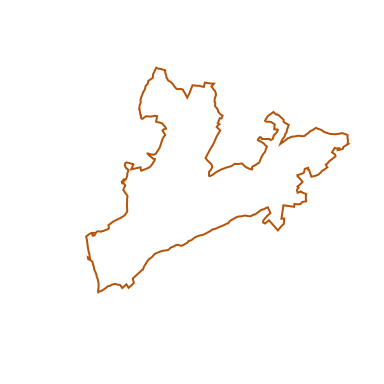 Faragau, Mures, Romania, rotated 305°
{"feature_id": "2599482B54429435544126", "entity_name": "Faragau", "entity_type": "district", "adm_level": 2, "iso_a3": "ROU", "parent_name": "Romania", "parent_adm1": "Mures", "projection": "natural_earth1", "projection_center": [24.539, 46.758], "detail": "fine", "context": "isolated", "style": "outline", "palette": "amber", "viewbox_px": 384, "rotation_deg": 305, "n_neighbors": 0, "source": "geoboundaries", "source_scale": "gbopen_adm2", "svg_char_len": 6099}
<svg xmlns="http://www.w3.org/2000/svg" viewBox="0 0 384 384"><g transform="rotate(305 192 192)"><path d="M315.8,256.9L311.8,255.2L309.4,253.9L306.6,253.4L304.9,252.6L303.2,252.3L302.2,251.8L301.5,251.0L300.6,249.8L299.7,247.7L298.2,245.9L296.7,244.6L294.5,242.0L292.2,240.6L291.0,239.7L288.0,238.9L282.1,236.8L286.4,235.9L290.6,236.0L292.8,235.2L295.3,235.2L297.4,234.1L298.6,233.9L302.5,232.7L302.0,229.4L302.0,227.1L302.1,226.7L303.7,225.6L303.8,225.3L304.2,221.7L304.6,219.9L304.6,217.7L304.4,217.7L304.3,217.3L303.7,216.6L304.0,214.8L304.0,213.6L304.3,212.9L298.1,210.7L296.6,210.6L292.4,210.9L292.0,211.7L292.1,212.1L292.5,213.0L294.0,215.2L294.6,216.4L294.9,220.7L294.6,221.3L293.2,221.7L292.3,222.5L290.6,223.2L290.5,223.5L292.1,225.8L291.9,226.1L292.1,226.7L291.8,226.9L288.9,227.2L285.4,226.5L284.1,226.9L281.9,227.8L279.6,226.5L279.7,224.9L275.4,218.6L276.3,217.6L276.4,217.3L275.7,216.0L273.0,215.9L272.2,216.3L272.8,220.0L272.9,223.3L272.5,224.6L272.2,227.3L269.8,227.8L266.9,228.8L262.8,228.6L260.9,228.8L254.6,230.2L249.0,227.8L247.9,227.0L246.6,227.0L246.2,227.6L246.6,228.0L246.0,227.8L245.1,228.3L244.2,226.7L243.4,222.7L243.4,220.2L243.9,217.6L243.9,216.5L243.6,216.0L241.4,213.8L240.5,212.5L239.7,210.9L235.7,209.4L231.1,205.6L229.6,204.8L229.0,204.2L227.5,203.2L224.4,201.5L220.8,199.9L218.8,199.4L215.7,197.8L215.1,197.3L215.0,196.7L218.3,194.4L220.5,194.7L223.0,194.5L224.1,194.1L225.0,193.4L225.9,191.8L226.7,186.4L227.6,183.6L237.4,182.4L243.8,181.9L252.0,180.3L258.6,179.8L259.4,174.9L261.1,174.9L263.3,175.6L263.3,173.5L265.0,173.3L268.4,172.4L269.2,174.0L272.1,173.2L271.9,170.8L272.6,168.4L272.7,167.5L273.7,166.7L274.0,166.1L275.0,163.9L275.3,162.3L275.9,161.3L276.7,161.0L278.3,159.9L278.6,159.4L278.8,158.7L279.1,158.5L281.3,157.2L284.9,156.1L286.4,155.1L287.9,153.0L288.3,151.2L289.6,147.4L293.3,147.8L292.0,145.8L289.0,139.8L284.9,141.4L284.1,139.8L283.3,137.3L282.5,135.9L281.9,135.2L279.7,131.2L271.2,133.3L266.5,133.9L268.8,129.8L270.3,126.2L270.5,126.0L270.5,125.1L269.7,123.2L268.3,121.7L267.6,120.2L268.1,117.9L269.5,114.1L269.9,111.2L269.7,108.6L271.3,105.2L272.0,104.8L275.0,101.0L276.3,100.3L274.9,96.1L273.6,93.1L273.3,91.4L268.3,92.3L266.2,92.5L263.0,94.4L258.1,92.5L257.6,92.5L256.5,93.3L255.1,93.6L252.2,93.2L249.3,94.5L244.9,94.9L243.0,95.6L240.5,96.0L239.5,96.5L237.8,97.0L235.6,98.8L233.2,99.3L229.6,101.2L229.8,101.5L225.7,105.3L225.8,106.2L223.7,107.2L223.2,109.3L227.1,110.6L227.9,111.2L228.6,112.5L229.5,113.8L229.7,114.5L231.5,116.4L233.0,117.7L234.1,119.9L229.0,122.3L231.1,127.9L230.1,132.2L229.4,133.8L229.0,134.4L227.3,133.0L225.6,132.5L224.2,135.2L223.4,137.4L220.7,137.2L217.9,137.6L209.9,140.1L202.6,140.4L200.5,139.1L200.3,138.7L199.0,136.3L198.4,133.9L198.0,133.5L197.9,133.6L197.5,135.8L197.0,141.1L197.7,142.7L196.9,143.1L191.3,143.5L189.1,143.3L187.6,142.9L184.3,140.9L180.3,138.2L180.3,137.9L181.2,137.0L182.7,135.7L175.7,129.2L181.0,128.2L181.1,127.5L180.5,126.5L179.7,123.8L178.9,122.2L178.8,121.5L178.2,121.1L176.7,120.9L175.4,121.7L174.6,122.5L174.3,123.5L173.7,124.7L173.7,127.0L172.9,127.5L171.8,128.0L170.1,128.3L168.6,129.4L165.5,130.4L164.5,130.5L163.7,129.4L163.0,130.1L162.5,129.0L161.3,130.0L160.9,130.1L160.9,129.8L161.5,129.2L161.4,128.9L160.7,128.9L160.1,128.6L159.1,129.9L159.2,130.2L159.7,130.8L159.8,131.3L159.1,133.7L155.9,134.0L154.1,134.6L153.9,136.3L153.2,137.1L152.1,140.7L151.4,141.7L148.9,142.9L146.6,144.6L144.2,146.0L139.3,149.9L138.2,150.2L135.5,150.3L133.6,150.0L130.5,148.7L122.5,144.4L116.8,142.6L114.9,144.6L113.4,144.6L111.7,143.3L109.5,142.0L108.5,140.8L107.5,140.5L107.2,140.1L106.2,138.0L105.6,137.3L104.8,136.8L103.8,136.6L101.6,137.0L100.0,136.7L99.3,135.8L99.5,135.2L100.2,134.6L101.9,134.7L100.8,133.2L98.9,132.1L94.9,130.8L92.6,133.3L87.2,138.2L83.9,141.5L82.1,143.7L79.3,146.3L79.1,146.5L78.7,144.2L77.6,145.4L78.0,149.0L77.6,150.7L75.7,152.6L75.0,153.9L72.3,156.5L71.3,158.5L70.4,159.6L69.8,160.8L68.2,162.2L66.6,164.7L63.6,167.9L60.1,170.3L57.1,171.7L56.8,172.3L56.2,172.8L57.6,173.4L59.1,174.5L62.8,176.1L66.9,177.3L68.0,178.6L69.9,179.4L72.1,181.2L72.7,182.0L73.4,184.1L74.5,186.3L74.5,186.9L73.3,190.0L78.7,191.2L77.2,195.0L78.4,195.1L79.0,195.5L81.0,196.0L84.1,196.5L87.3,193.1L95.0,194.9L99.8,195.8L100.1,196.3L100.4,196.3L103.2,195.5L104.3,195.4L111.1,195.1L112.7,195.5L115.5,196.5L119.0,196.8L121.1,197.6L125.8,200.7L127.3,202.0L130.4,205.4L132.1,206.2L133.9,206.3L136.4,207.9L139.5,209.5L140.3,210.2L140.7,210.9L141.7,213.9L142.9,214.9L147.4,217.1L150.0,217.4L152.1,219.1L156.4,220.4L157.7,221.1L160.3,222.9L162.9,225.2L164.4,226.3L170.1,229.2L173.1,230.3L175.5,232.4L178.4,234.1L183.5,237.4L186.1,238.6L187.1,239.7L189.4,239.6L190.7,239.9L197.3,243.1L199.2,244.8L200.7,246.7L203.0,248.7L205.0,252.9L205.8,253.9L206.5,254.4L207.5,254.7L208.8,255.4L209.4,256.3L209.7,256.5L217.6,259.2L218.5,260.3L219.9,261.2L221.3,261.7L223.0,263.0L221.9,264.5L221.5,265.5L219.7,268.3L215.5,267.3L210.5,266.8L209.7,266.8L209.0,267.0L208.4,267.5L207.8,267.7L208.1,269.9L213.0,271.3L209.8,284.4L216.0,284.9L218.4,285.5L223.2,282.8L222.5,281.7L222.0,281.4L221.4,280.6L233.5,274.5L234.5,276.3L238.4,284.1L240.9,282.8L242.7,285.9L244.3,287.6L245.0,287.9L246.4,287.9L247.3,288.2L249.9,290.9L252.7,288.4L255.8,286.7L254.6,281.6L254.6,281.4L255.0,281.3L254.9,280.8L254.3,280.6L252.0,278.9L253.8,276.9L254.7,276.6L256.6,276.9L256.9,275.3L261.6,276.5L263.7,276.7L265.1,271.8L265.4,269.4L265.8,268.9L266.3,268.7L266.4,268.9L271.2,272.3L271.9,272.5L272.6,272.4L275.7,271.1L278.3,273.2L277.0,273.9L277.4,274.5L277.2,275.3L273.0,281.0L276.0,283.8L278.6,285.4L282.1,286.4L283.2,286.3L284.3,286.6L285.5,287.3L289.9,288.7L291.1,285.9L293.7,286.7L295.3,286.6L303.5,289.1L304.6,288.0L304.8,287.1L304.8,283.9L310.0,283.6L310.2,284.6L310.8,285.9L311.6,286.6L312.3,287.6L312.0,287.7L311.3,287.2L310.7,287.1L309.9,287.4L312.6,289.9L313.9,290.8L315.1,290.3L316.1,290.3L321.3,292.6L321.2,291.8L321.3,291.5L324.1,289.9L325.6,288.2L327.8,286.9L327.5,284.9L326.3,281.3L325.7,280.5L324.0,279.0L321.5,276.2L318.8,271.9L317.0,266.1L317.0,262.1L315.8,258.1L315.8,256.9Z" fill="none" stroke="#b45309" stroke-width="2"/></g></svg>